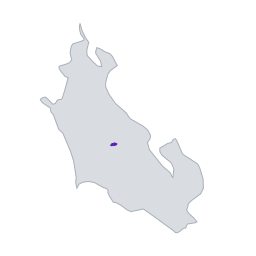 Santo Domingo, Heredia, Costa Rica shown in context, rotated 196°
{"feature_id": "36466004B42528660936066", "entity_name": "Santo Domingo", "entity_type": "district", "adm_level": 2, "iso_a3": "CRI", "parent_name": "Costa Rica", "parent_adm1": "Heredia", "projection": "orthographic", "projection_center": [-84.061, 9.988], "detail": "fine", "context": "in_parent", "style": "filled", "palette": "violet", "viewbox_px": 256, "rotation_deg": 196, "n_neighbors": 0, "source": "geoboundaries", "source_scale": "gbopen_adm2", "svg_char_len": 2543}
<svg xmlns="http://www.w3.org/2000/svg" viewBox="0 0 256 256"><g transform="rotate(196 128 128)"><path d="M220.1,131.0L219.8,132.0L218.9,133.1L217.5,134.2L215.7,135.0L211.3,132.7L207.0,130.2L204.6,131.4L203.8,134.7L202.2,136.4L200.2,137.1L199.4,138.2L199.2,149.4L199.4,160.0L202.7,160.2L208.1,163.9L210.5,166.0L211.2,168.0L210.5,169.0L206.6,171.3L202.7,174.2L200.8,177.9L204.2,183.7L204.9,187.7L204.8,191.9L203.9,193.9L196.4,198.8L194.7,200.4L194.9,201.7L199.1,205.0L201.1,208.2L202.7,212.0L203.0,215.4L199.2,209.2L193.9,203.2L189.4,199.6L189.0,191.1L187.2,186.4L180.4,182.2L174.5,179.2L170.2,179.8L172.8,184.7L179.7,191.0L180.2,193.4L180.1,196.7L175.3,196.2L171.2,194.9L166.1,194.5L162.7,192.5L155.5,185.0L160.6,178.6L162.2,174.4L162.0,165.7L160.9,161.5L155.4,155.0L146.6,148.0L134.3,142.2L128.5,137.5L114.1,134.0L108.7,131.6L104.4,127.2L103.8,124.1L105.3,119.2L101.4,113.0L84.3,100.9L74.7,96.4L72.7,93.8L71.2,92.9L72.6,101.3L76.8,106.4L87.7,111.1L90.7,113.8L91.9,117.4L85.5,124.2L82.3,125.9L81.3,129.6L79.3,130.8L77.1,128.6L68.3,117.9L51.2,112.7L48.1,109.5L41.8,99.7L38.9,90.8L40.0,84.9L47.0,75.7L49.2,71.6L48.8,69.2L49.1,65.5L46.5,62.9L40.0,59.6L35.9,56.9L37.0,55.6L44.5,52.0L45.0,48.8L44.9,47.7L46.1,47.5L47.2,46.6L47.9,45.8L49.9,42.7L51.7,40.9L53.8,40.6L56.2,41.9L65.6,45.3L76.0,49.1L90.8,54.4L97.0,51.1L102.2,48.5L105.9,48.9L113.9,51.9L118.7,52.9L121.6,52.6L126.7,57.0L129.5,60.3L130.0,62.5L131.5,63.7L135.5,64.0L145.2,66.3L151.2,65.8L156.6,63.4L159.6,60.6L160.5,56.1L161.8,58.3L163.4,61.8L164.2,66.3L171.2,81.3L176.8,89.7L189.1,105.0L194.4,107.8L203.4,120.2L206.5,122.2L208.2,125.8L217.5,128.8L220.1,131.0Z" fill="#d9dde1" stroke="#a8b0b8" stroke-width="1"/><path d="M139.5,106.7L139.4,106.7L139.2,106.7L139.0,106.8L138.9,106.8L138.7,106.8L138.6,107.0L138.4,107.2L138.2,107.2L138.2,107.3L137.8,107.4L137.1,107.5L136.9,107.6L136.6,107.6L136.5,107.8L136.4,107.8L136.2,107.8L135.9,107.9L135.8,108.0L135.7,108.1L135.6,108.3L135.4,108.3L135.3,108.5L135.3,108.8L135.2,108.8L134.9,108.9L134.7,108.9L134.6,109.0L134.6,109.3L134.6,109.5L134.8,109.6L135.0,109.5L135.3,109.5L135.5,109.5L135.7,109.4L135.8,109.4L136.0,109.3L136.1,109.2L136.3,109.1L136.5,109.2L136.4,109.2L136.5,109.3L136.6,109.2L136.8,109.2L137.0,109.2L137.0,109.3L137.1,109.2L137.3,109.2L137.5,109.2L137.8,109.0L137.9,108.9L138.0,108.8L138.1,108.7L138.3,108.6L138.4,108.4L138.5,108.4L138.5,108.2L138.4,108.2L138.5,108.2L138.8,108.1L138.9,107.9L138.9,108.0L139.0,108.0L139.1,107.9L139.3,107.9L139.4,107.6L139.5,106.7Z" fill="#8b5cf6" stroke="#5b21b6" stroke-width="1.5"/></g></svg>